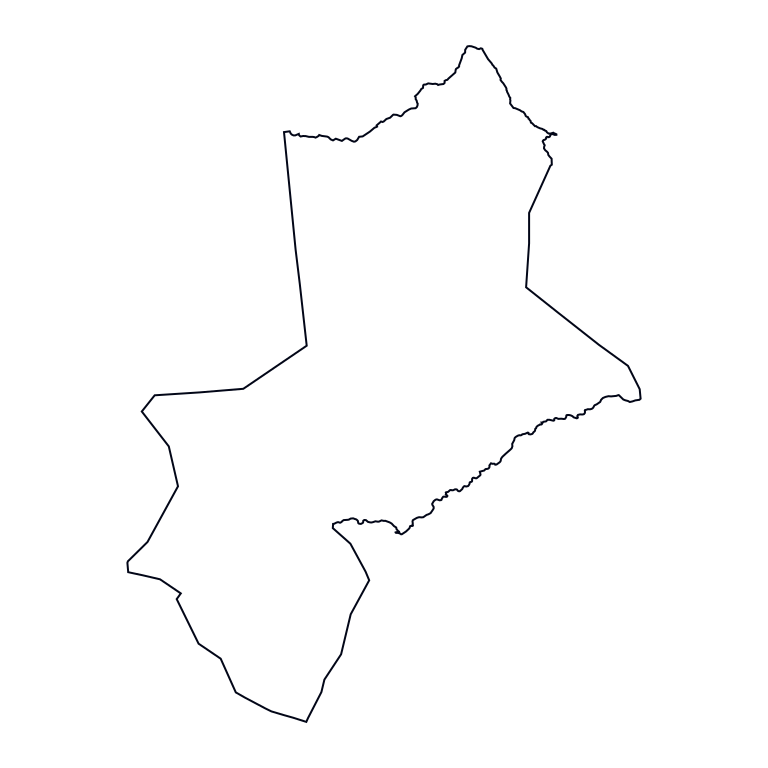 Selenge, Bulgan, Mongolia
{"feature_id": "93677404B49606497696804", "entity_name": "Selenge", "entity_type": "district", "adm_level": 2, "iso_a3": "MNG", "parent_name": "Mongolia", "parent_adm1": "Bulgan", "projection": "robinson", "projection_center": [104.347, 49.708], "detail": "fine", "context": "isolated", "style": "outline", "palette": "ink", "viewbox_px": 768, "rotation_deg": 0, "n_neighbors": 0, "source": "geoboundaries", "source_scale": "gbopen_adm2", "svg_char_len": 6064}
<svg xmlns="http://www.w3.org/2000/svg" viewBox="0 0 768 768"><path d="M640.6,398.7L639.7,389.2L628.0,365.9L598.9,344.8L557.6,312.3L526.1,287.3L529.1,243.4L529.1,212.9L550.4,165.7L551.8,164.7L551.6,158.7L549.5,156.5L548.3,154.9L548.0,152.9L547.1,151.8L545.2,150.2L544.0,148.4L544.1,146.9L544.7,145.2L544.1,144.4L542.7,141.3L543.1,140.5L543.7,140.0L544.7,139.8L545.5,139.2L546.2,138.5L546.1,137.5L546.8,136.9L547.8,136.9L548.8,137.2L549.9,136.5L550.3,135.2L551.6,134.0L552.6,134.1L554.7,134.9L556.4,134.8L556.4,134.3L555.5,133.8L554.5,133.5L553.3,132.7L550.8,133.5L548.5,133.5L546.8,132.2L546.3,131.1L544.8,130.5L544.4,129.9L543.5,129.9L542.6,129.0L540.0,128.3L537.3,127.1L536.0,126.1L535.0,126.2L532.1,123.2L530.9,122.6L530.6,121.0L529.8,120.2L529.1,119.0L528.5,118.7L528.1,117.3L526.4,116.5L525.7,115.9L525.1,114.2L523.4,112.0L521.6,111.4L519.9,110.2L515.2,108.2L513.5,108.0L510.1,103.5L510.4,100.4L510.1,99.4L510.3,97.9L509.3,96.6L508.5,94.5L507.1,91.8L506.9,90.8L506.4,89.9L506.5,88.9L506.1,87.7L503.3,83.3L501.8,81.7L500.5,79.9L500.8,78.5L499.7,76.4L497.4,72.5L496.2,68.6L494.6,67.6L493.3,65.6L492.4,64.8L491.7,63.4L488.1,59.2L482.7,50.0L482.3,48.8L480.8,48.3L479.1,49.1L477.2,48.7L475.7,47.7L471.5,46.3L469.3,46.1L467.4,46.4L465.2,49.8L465.1,52.6L462.4,55.0L461.7,58.3L459.1,65.3L459.1,66.5L458.3,67.5L457.7,67.7L456.0,69.0L455.7,69.8L455.3,72.5L448.4,78.6L447.4,79.8L445.8,80.2L444.6,80.9L444.6,82.9L443.5,84.0L439.7,84.5L438.1,85.0L437.5,84.3L435.3,83.7L432.8,84.0L428.2,83.4L425.9,84.5L424.0,84.6L423.2,85.3L423.0,87.9L421.1,89.2L420.5,90.4L417.7,93.9L415.0,96.3L415.7,97.4L415.7,99.2L416.6,100.5L417.1,102.7L417.7,103.6L417.5,105.5L416.8,107.1L415.6,108.2L411.2,108.5L408.8,109.6L404.5,112.3L402.4,115.0L401.5,115.8L400.6,116.2L400.2,116.2L396.9,114.9L393.6,114.6L393.1,114.8L390.1,117.7L386.4,119.0L383.7,121.5L382.5,122.0L381.0,121.5L380.2,122.3L376.6,125.4L377.1,126.6L376.2,127.1L374.5,127.7L369.9,131.6L362.7,136.4L359.1,136.8L357.2,140.0L355.4,141.4L354.0,141.7L351.8,140.9L347.6,138.5L346.7,138.4L346.0,138.3L345.0,138.7L341.9,140.9L335.8,138.7L333.0,140.4L330.7,139.4L328.5,137.2L327.1,136.6L321.8,135.9L319.2,135.0L318.6,135.9L316.7,137.1L315.5,137.6L314.3,137.1L313.0,136.9L309.1,136.9L305.7,136.1L303.1,136.0L300.6,136.5L299.7,135.8L298.9,134.9L298.8,133.9L295.2,135.4L293.5,135.4L291.8,134.6L290.7,133.5L289.7,131.3L284.0,132.1L295.6,249.6L299.8,284.0L306.7,345.7L243.3,388.8L199.7,392.4L154.7,395.3L141.8,411.5L168.8,446.4L178.0,486.3L147.5,542.0L127.9,561.3L127.4,562.8L128.2,572.2L142.8,575.3L160.0,579.3L180.8,593.4L176.7,599.1L198.6,643.7L220.7,658.7L235.8,692.4L245.1,697.7L265.1,708.3L271.4,711.4L284.2,715.2L293.1,717.7L306.3,721.9L308.0,718.1L321.4,692.1L324.4,679.6L341.1,654.3L350.7,614.3L369.2,580.3L365.6,571.7L350.4,543.7L332.8,528.1L333.1,523.9L334.1,523.8L336.4,522.6L337.7,522.2L338.5,522.2L339.8,522.7L340.3,522.7L341.5,522.0L342.5,520.9L343.7,520.1L347.9,519.8L348.9,519.6L350.6,518.6L352.4,518.4L353.4,518.4L354.8,519.0L355.8,519.2L356.9,519.9L357.8,520.8L358.3,523.1L358.7,523.5L359.3,523.7L360.4,523.9L361.2,523.8L362.8,522.9L363.1,522.4L363.3,520.7L364.3,520.0L365.9,520.1L368.0,521.9L370.2,522.4L371.4,522.5L372.8,522.2L375.4,521.3L378.0,521.7L379.0,521.6L381.5,520.4L383.9,520.9L385.3,520.8L389.7,522.4L391.7,523.6L394.0,526.1L396.2,527.5L396.5,529.1L398.0,530.9L399.1,531.7L399.2,532.2L399.0,532.4L396.9,532.1L396.1,532.2L395.6,532.4L395.7,532.6L396.1,532.9L397.9,532.9L398.8,533.1L400.3,533.7L401.1,534.3L401.9,534.2L406.0,531.5L409.1,528.6L409.6,527.9L410.1,526.2L410.9,525.9L411.8,526.0L412.6,525.9L412.9,525.6L412.9,525.0L412.5,524.5L412.8,523.3L412.5,521.6L412.8,520.3L413.3,519.9L416.8,517.9L418.6,517.3L419.3,517.2L421.7,517.4L423.3,517.2L426.6,514.9L428.4,514.3L430.6,513.1L433.2,509.3L433.7,508.2L433.6,506.8L432.3,504.7L432.2,503.8L433.7,501.2L435.0,500.1L436.1,499.5L437.0,499.4L439.6,500.3L441.1,500.1L441.5,499.8L441.9,498.6L442.8,497.2L443.3,496.7L443.9,496.6L446.1,496.9L446.9,496.7L447.2,496.4L447.4,495.9L447.2,495.5L445.8,494.5L446.1,493.7L445.8,492.5L446.2,492.2L447.0,492.2L448.2,491.8L450.1,490.1L451.0,490.0L452.0,490.3L453.2,490.2L455.1,489.3L456.6,489.4L457.1,489.7L457.6,490.5L458.3,491.1L459.3,491.3L460.0,491.1L462.2,489.1L462.9,487.6L463.9,486.4L464.6,486.1L466.1,486.5L466.7,486.4L468.0,486.1L468.7,485.4L469.6,483.7L469.7,482.5L470.2,482.1L471.5,481.8L471.9,481.5L472.1,481.1L472.1,478.9L472.8,477.9L473.8,477.7L475.3,478.2L476.3,478.3L476.8,478.1L480.1,475.4L480.4,475.0L480.5,474.4L479.8,471.7L484.2,470.5L485.5,469.1L487.8,468.8L488.7,468.3L489.2,467.6L489.5,466.9L489.4,465.4L491.0,463.3L492.5,463.8L494.2,463.7L494.9,464.1L495.2,464.7L495.7,464.7L496.7,464.4L499.5,462.4L500.3,461.6L500.7,460.8L501.0,458.9L501.7,457.7L502.5,456.7L505.5,453.9L510.5,449.5L511.7,448.3L512.4,446.3L512.2,443.9L514.2,440.2L514.6,438.2L514.9,437.7L515.8,436.9L517.8,435.7L519.3,435.2L520.1,435.4L521.5,435.1L522.3,434.3L525.1,433.8L527.7,432.6L528.2,432.7L528.5,432.9L528.5,433.8L528.9,434.2L530.5,434.4L532.0,434.0L532.6,433.6L533.5,432.2L534.6,431.3L535.0,430.7L535.3,428.8L536.1,428.2L536.4,427.1L537.0,426.4L538.0,425.6L539.4,424.9L540.1,424.4L540.9,424.6L541.7,424.3L542.1,423.7L541.6,422.5L542.8,422.5L543.3,421.8L545.9,421.4L546.4,421.1L546.7,420.6L547.5,419.8L549.5,419.8L553.3,420.7L554.0,420.5L554.3,420.1L554.2,419.1L554.4,418.7L555.3,418.1L555.9,418.0L556.3,418.0L558.4,418.9L561.2,418.7L563.7,419.0L564.8,418.9L565.3,418.5L565.9,417.5L566.3,416.6L566.3,415.9L566.4,415.4L566.8,415.1L567.6,415.0L569.1,415.0L570.8,415.4L572.5,416.2L573.6,417.3L576.7,418.3L577.4,418.1L577.8,417.7L577.8,417.2L577.3,416.3L577.3,416.0L578.0,414.9L580.0,414.4L582.2,414.5L583.1,414.4L584.0,414.1L584.9,412.9L585.0,411.8L584.8,410.6L585.1,410.0L586.2,409.8L587.8,409.2L590.0,409.3L591.6,408.9L592.6,408.3L593.3,407.5L594.3,405.6L594.9,405.1L596.6,404.4L600.2,401.9L601.1,399.8L602.9,398.0L605.5,396.9L608.5,396.2L611.1,396.4L616.2,395.9L618.4,395.1L618.9,395.2L623.3,399.5L625.3,400.3L628.0,401.0L629.8,402.0L632.5,401.4L635.3,400.4L639.4,399.8L640.6,398.7Z" fill="none" stroke="#020617" stroke-width="2"/></svg>